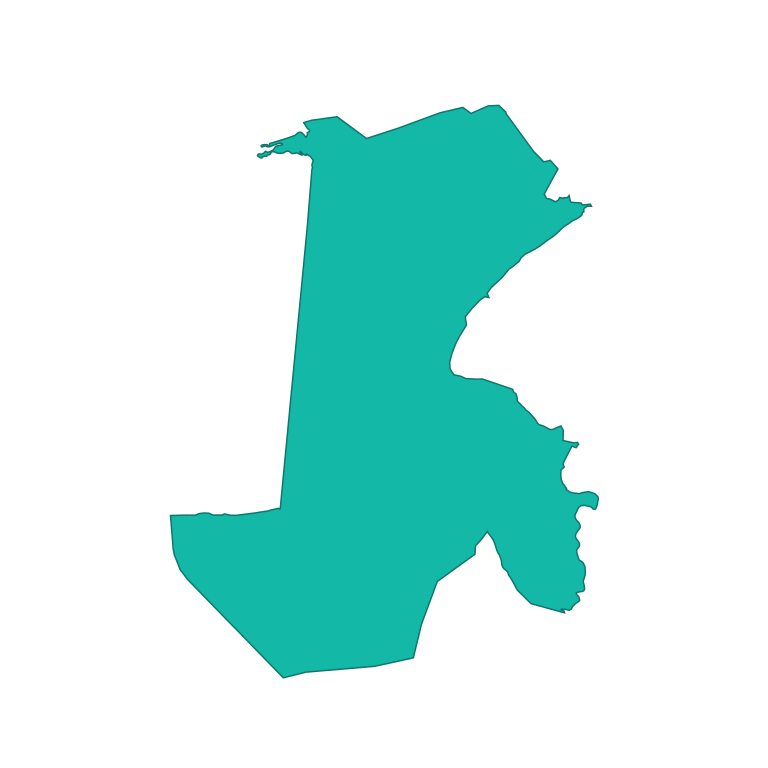 outline of San Dionisio del Mar, Oaxaca, Mexico, rotated 162°
{"feature_id": "50627088B65923103498155", "entity_name": "San Dionisio del Mar", "entity_type": "district", "adm_level": 2, "iso_a3": "MEX", "parent_name": "Mexico", "parent_adm1": "Oaxaca", "projection": "natural_earth1", "projection_center": [-94.764, 16.327], "detail": "fine", "context": "isolated", "style": "filled", "palette": "teal", "viewbox_px": 768, "rotation_deg": 162, "n_neighbors": 0, "source": "geoboundaries", "source_scale": "gbopen_adm2", "svg_char_len": 5655}
<svg xmlns="http://www.w3.org/2000/svg" viewBox="0 0 768 768"><g transform="rotate(162 384 384)"><path d="M379.6,657.4L377.9,650.7L377.1,649.9L376.5,648.3L376.8,647.1L377.8,647.0L378.3,646.9L379.4,646.7L379.7,644.9L380.4,644.1L381.3,643.1L382.2,642.9L382.6,644.2L383.1,645.7L384.1,647.5L385.0,648.9L386.1,649.4L388.3,649.5L389.6,648.9L391.9,647.9L400.8,647.7L418.4,648.0L419.0,647.0L419.4,646.4L419.8,645.7L420.4,646.3L420.7,646.8L420.9,647.4L421.4,647.9L422.2,648.1L423.2,648.3L423.9,648.8L425.1,648.8L425.9,648.9L426.8,648.9L427.3,648.5L427.3,647.6L426.8,647.1L425.8,647.0L425.1,647.2L423.6,647.2L422.9,646.9L422.5,646.5L422.0,645.9L420.9,645.3L419.7,645.0L418.3,644.9L417.0,645.2L415.5,645.4L414.1,645.3L412.5,645.3L410.1,645.4L408.5,645.1L407.2,644.8L406.6,644.1L406.7,643.0L407.7,643.2L409.6,643.1L411.0,643.4L412.6,643.5L413.8,643.2L414.6,642.7L415.6,641.8L417.0,640.9L418.4,640.4L419.5,640.5L420.7,640.2L421.8,640.2L423.2,640.3L423.8,641.1L424.9,641.9L425.9,641.4L426.6,640.8L427.7,640.7L428.9,640.4L430.1,640.7L430.6,640.7L431.1,641.1L431.7,641.5L432.2,641.5L432.7,641.4L433.3,640.7L433.8,640.2L433.5,639.3L432.8,638.7L432.3,638.1L431.8,637.4L431.0,637.0L430.3,636.7L429.8,637.2L429.5,637.8L428.6,637.5L427.7,637.4L427.0,637.7L426.1,637.2L424.9,637.0L424.5,637.7L423.6,637.8L422.1,637.5L420.8,637.9L420.5,638.6L419.8,639.0L418.8,639.4L417.5,639.1L416.3,638.5L415.5,637.8L414.2,636.6L412.5,635.7L411.0,635.3L409.1,635.0L407.9,634.8L405.7,635.4L404.4,635.5L403.4,635.1L402.2,634.5L401.4,633.1L400.7,631.8L399.5,631.3L398.7,631.3L397.6,631.1L396.8,630.9L395.8,630.8L394.8,630.4L394.0,629.3L393.1,628.7L392.4,627.9L392.0,627.6L391.6,627.4L391.1,627.2L391.4,628.2L391.8,629.4L392.2,630.1L392.2,630.7L391.7,631.0L391.1,630.1L390.6,628.8L390.0,627.9L389.3,627.2L388.5,626.2L387.4,625.6L386.9,625.7L387.0,626.4L386.5,626.6L386.0,626.0L385.5,625.0L384.6,624.2L384.0,623.6L383.6,622.8L383.1,621.2L382.4,619.5L382.5,618.1L383.0,617.4L383.8,616.3L384.6,615.0L385.1,613.9L385.1,613.0L385.3,611.3L385.8,610.9L386.1,610.7L407.6,559.1L430.9,505.4L520.7,298.7L521.3,297.3L521.9,297.3L522.1,297.6L522.8,298.4L530.7,299.1L533.2,299.0L539.3,300.1L546.5,301.2L564.7,304.7L567.0,305.4L570.8,306.7L575.7,309.7L577.6,309.6L577.9,309.1L582.8,310.9L586.2,311.8L588.2,313.1L590.4,315.2L594.8,316.9L600.0,317.9L603.9,317.5L612.2,320.3L627.7,324.9L635.7,291.2L635.9,288.8L636.2,285.8L636.1,285.0L635.2,270.3L631.2,258.8L602.4,200.3L600.2,196.0L570.6,135.7L547.4,134.1L480.1,118.4L440.7,114.5L430.5,131.2L430.2,131.5L422.8,143.7L400.8,171.5L400.2,172.4L394.3,179.7L350.1,194.0L347.0,201.8L338.5,206.6L337.1,207.7L331.3,211.8L331.0,210.2L329.8,206.9L328.7,203.6L328.2,201.0L328.0,197.6L328.0,194.1L328.1,191.4L327.9,188.4L327.1,185.7L327.0,183.8L326.9,181.0L327.2,178.2L327.8,175.6L327.7,173.0L326.9,171.1L325.5,169.1L324.5,166.9L324.5,163.7L323.8,161.5L323.4,159.8L323.0,158.3L322.2,154.0L320.9,146.8L312.9,131.4L311.9,129.6L283.0,110.6L282.9,112.2L284.0,113.4L285.4,114.5L284.9,115.1L282.4,114.1L281.1,113.6L277.7,111.6L275.3,112.0L273.7,113.9L270.4,115.6L268.6,116.3L266.6,116.9L264.8,117.7L264.4,120.4L264.7,121.9L265.3,123.1L266.0,124.4L265.6,125.9L264.6,126.1L263.5,126.0L261.9,125.9L259.8,125.4L257.9,125.6L256.5,127.1L255.8,131.2L255.7,133.9L254.8,135.9L253.8,137.2L252.8,138.6L251.8,140.2L250.8,142.3L250.0,145.3L249.3,148.6L249.9,152.4L251.2,154.5L252.6,156.0L252.9,158.4L252.8,160.9L252.8,163.5L252.4,165.4L252.1,166.6L250.8,167.6L249.1,168.7L247.9,170.1L247.4,172.2L248.0,174.8L248.8,176.9L249.2,179.2L248.4,181.5L246.6,183.2L244.4,184.9L241.8,186.7L241.2,189.2L241.5,191.8L242.8,194.6L243.6,197.4L243.1,199.8L241.8,201.5L240.3,203.0L238.9,204.6L237.7,205.9L236.5,206.7L234.5,207.4L232.0,206.9L230.5,206.5L229.5,205.8L226.0,203.8L224.5,202.4L224.1,201.0L223.5,200.3L222.6,199.8L221.6,199.7L220.8,200.2L220.4,201.0L219.6,201.8L218.5,203.2L217.7,204.7L216.9,206.4L215.7,208.5L215.3,210.3L215.6,211.4L216.4,212.6L217.1,214.0L218.6,215.5L220.3,216.7L221.5,217.6L222.7,218.3L224.3,218.7L228.5,219.4L232.4,219.4L234.2,220.4L236.5,221.3L238.6,222.4L240.7,223.9L242.6,226.3L243.9,228.0L243.2,227.4L242.7,227.9L242.8,229.0L243.5,230.2L243.7,232.1L244.6,233.6L244.8,234.7L244.9,237.9L244.6,240.1L244.0,242.8L243.1,245.2L242.8,246.1L242.1,247.6L239.4,248.7L238.2,249.4L238.5,251.7L238.2,253.2L224.5,266.9L221.0,264.1L217.5,266.6L218.1,268.7L221.2,269.1L231.2,274.9L227.8,284.4L228.7,289.4L234.5,289.0L237.0,288.6L239.9,289.2L245.5,294.9L249.0,297.4L250.2,299.6L251.0,303.3L252.8,307.7L254.8,312.2L257.1,315.4L258.2,318.5L259.8,320.8L260.7,323.0L262.5,326.4L261.7,329.4L261.4,333.7L263.0,335.7L263.3,337.2L263.2,339.1L288.8,358.3L295.2,360.3L304.6,363.9L308.5,367.6L314.5,371.1L315.3,372.9L315.3,373.1L316.5,377.9L314.8,384.5L309.6,392.5L303.0,400.5L297.8,405.7L287.3,414.6L286.0,422.7L277.1,428.6L266.6,434.2L260.8,436.0L259.0,434.5L257.5,433.8L257.9,438.4L252.2,442.6L238.9,448.7L231.3,453.5L229.4,454.8L227.4,455.2L226.7,455.5L224.0,456.3L221.1,457.6L218.1,458.5L214.4,461.8L210.0,463.8L199.3,465.5L192.0,467.4L184.1,470.2L177.2,472.2L170.9,474.8L165.7,477.5L164.0,478.1L159.6,479.2L154.1,481.0L149.4,481.6L145.6,482.6L143.6,483.5L142.2,486.0L140.9,485.8L139.7,489.0L135.7,490.3L131.8,488.9L132.2,491.3L139.9,492.9L140.7,495.3L149.7,498.9L150.3,500.3L149.7,506.0L152.0,504.6L155.4,505.5L156.3,505.1L157.6,506.2L159.3,507.0L161.5,504.9L164.7,504.4L169.0,508.6L172.1,510.2L172.9,515.1L163.1,524.5L152.1,534.7L156.7,545.3L163.4,545.9L169.9,559.1L184.3,603.1L184.2,605.0L188.7,613.5L199.0,616.3L217.6,614.4L223.6,622.7L246.9,624.6L292.1,622.9L324.8,622.9L342.8,648.2L346.1,652.7L371.3,657.2L377.8,657.4L379.6,657.4Z" fill="#14b8a6" stroke="#0f766e" stroke-width="1.5"/></g></svg>